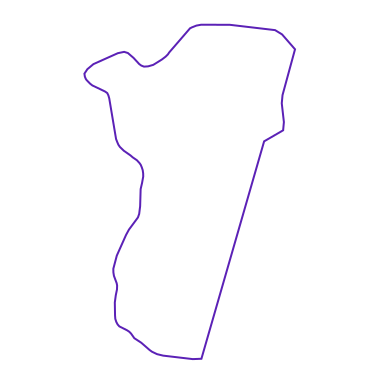 the border of Tel Aviv, rotated 179°
{"feature_id": "ISR-3057", "entity_name": "Tel Aviv", "entity_type": "District", "adm_level": 1, "iso_a3": "ISR", "parent_name": "Israel", "parent_adm1": "", "projection": "natural_earth1", "projection_center": [34.837, 32.095], "detail": "fine", "context": "isolated", "style": "outline", "palette": "violet", "viewbox_px": 384, "rotation_deg": 179, "n_neighbors": 0, "source": "natural_earth", "source_scale": "10m", "svg_char_len": 1207}
<svg xmlns="http://www.w3.org/2000/svg" viewBox="0 0 384 384"><g transform="rotate(179 192 192)"><path d="M86.5,332.9L99.8,287.3L100.7,279.1L98.9,260.3L99.8,252.1L119.0,241.4L185.5,25.1L194.1,24.9L223.7,28.9L229.8,30.5L234.8,33.0L237.2,34.8L245.4,42.2L252.2,46.8L255.4,51.5L257.2,53.4L259.4,54.9L267.0,58.9L268.7,60.9L270.0,63.5L270.9,66.5L271.1,69.9L271.1,82.9L270.0,90.1L268.7,95.9L268.5,99.7L268.9,102.1L271.5,109.5L272.0,113.0L272.0,116.6L268.3,129.7L258.7,150.2L255.7,155.5L246.5,167.5L245.2,171.0L244.1,178.7L243.3,195.8L241.8,201.8L240.5,208.3L240.5,211.4L240.9,214.7L241.8,217.6L242.8,220.1L244.1,222.0L245.2,223.2L246.5,224.7L250.7,227.7L252.8,229.6L259.4,234.4L263.3,238.3L264.8,240.6L265.9,243.3L267.0,246.3L273.1,287.0L273.9,290.0L275.0,292.4L277.2,294.0L289.8,300.3L292.0,302.1L295.3,305.6L296.2,306.9L297.1,309.2L297.5,312.2L294.5,316.6L288.3,321.6L263.7,332.1L257.4,333.3L253.7,332.1L248.1,327.1L242.6,320.9L240.5,319.3L237.8,318.2L233.7,318.4L228.5,319.8L219.8,325.0L216.0,327.8L213.7,330.0L212.4,331.9L191.2,355.6L191.0,355.8L190.6,355.9L189.5,356.5L184.7,358.3L179.9,359.1L151.2,358.5L106.1,352.4L99.2,348.0L86.6,333.0L86.5,332.9Z" fill="none" stroke="#5b21b6" stroke-width="2"/></g></svg>